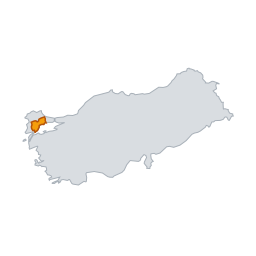 Tekirdag highlighted on a map of Turkey, rotated 347°
{"feature_id": "TUR-2242", "entity_name": "Tekirdag", "entity_type": "Province", "adm_level": 1, "iso_a3": "TUR", "parent_name": "Turkey", "parent_adm1": "", "projection": "albers", "projection_center": [27.493, 41.027], "detail": "fine", "context": "in_parent", "style": "filled", "palette": "amber", "viewbox_px": 256, "rotation_deg": 347, "n_neighbors": 0, "source": "natural_earth", "source_scale": "10m", "svg_char_len": 4322}
<svg xmlns="http://www.w3.org/2000/svg" viewBox="0 0 256 256"><g transform="rotate(347 128 128)"><path d="M187.9,86.3L191.3,86.9L192.2,85.9L195.2,85.5L197.9,85.7L199.0,83.6L200.9,83.4L201.4,84.3L202.4,84.5L205.5,86.5L205.3,86.9L206.1,87.7L208.6,87.8L209.0,89.0L211.2,90.6L212.7,93.3L212.5,95.4L211.7,96.8L214.0,100.9L213.6,101.5L216.8,102.4L220.4,101.4L221.7,101.8L225.9,104.5L227.0,105.7L224.2,104.5L223.1,106.2L223.1,109.7L219.3,111.0L220.4,113.1L221.6,113.9L221.6,116.0L222.1,116.8L223.4,117.9L223.6,119.8L224.4,121.7L224.9,124.0L226.7,124.4L226.1,125.7L225.2,130.8L225.4,131.1L226.7,131.0L229.9,132.7L229.5,133.5L230.4,136.4L233.2,137.9L233.0,139.0L233.3,140.0L231.5,139.9L228.5,143.3L228.1,143.3L227.4,142.5L226.8,139.8L225.8,139.2L224.6,139.3L222.9,140.9L221.2,141.2L219.4,141.3L214.5,140.4L212.9,141.3L211.0,141.0L208.1,144.9L207.0,145.4L206.2,143.8L204.9,143.1L203.5,144.6L197.8,147.2L195.1,147.9L191.6,147.9L188.9,148.5L181.8,153.4L174.8,156.4L168.2,157.1L164.3,155.2L161.4,155.0L153.5,159.6L149.3,159.9L147.8,158.6L144.6,158.3L144.0,159.8L143.7,163.3L145.1,166.2L143.4,166.6L142.3,167.4L142.2,169.8L140.7,170.8L140.3,172.3L140.0,172.4L137.2,171.5L137.8,170.3L135.8,166.1L136.4,164.7L139.5,160.9L139.2,158.8L137.6,157.5L133.5,160.5L133.2,161.6L132.3,162.4L130.7,162.9L122.8,160.2L118.5,163.5L114.9,168.1L112.1,169.9L103.6,171.6L102.1,172.6L99.1,171.8L97.3,170.8L93.0,166.1L85.3,162.8L77.4,162.2L76.7,163.2L76.6,167.0L75.4,170.6L74.8,171.0L73.0,170.1L66.9,172.4L61.6,170.2L60.7,169.2L59.5,165.1L58.7,164.8L57.9,165.4L57.0,165.4L53.2,163.6L51.2,163.6L50.0,165.3L48.0,166.1L48.0,165.6L48.8,164.4L45.6,164.6L44.0,165.5L41.7,165.0L41.8,164.5L43.7,164.0L47.9,163.3L50.5,160.5L40.5,160.7L39.6,161.3L39.4,159.9L40.0,159.2L42.6,158.7L42.4,157.5L40.8,156.2L39.1,155.6L38.3,152.6L37.4,151.8L37.5,151.4L39.2,150.9L39.5,148.7L39.3,147.4L36.1,146.2L35.4,146.3L34.6,145.1L33.2,144.3L32.1,144.9L29.0,143.1L29.6,141.8L30.4,141.9L30.5,140.9L29.9,139.2L30.0,138.3L30.7,138.1L31.5,138.2L32.2,139.3L32.3,141.2L33.2,142.3L33.8,141.2L35.2,141.8L37.8,141.3L38.3,140.8L36.4,140.8L35.7,140.3L34.2,137.1L35.8,136.2L36.9,134.7L34.8,133.6L35.2,131.5L33.4,129.0L35.9,125.9L35.7,125.4L35.0,125.3L27.3,126.5L27.2,125.1L27.8,123.9L27.8,120.8L28.1,119.2L29.5,118.8L31.3,116.4L34.1,113.6L37.0,113.6L38.2,112.9L39.9,112.8L40.4,113.9L42.0,114.7L44.6,114.6L45.9,113.9L44.7,112.5L46.2,112.0L47.4,112.3L46.8,113.9L47.1,114.0L50.6,113.5L54.2,113.9L58.2,113.6L58.7,113.1L55.9,111.6L57.6,110.3L58.7,110.0L67.0,108.6L67.0,108.3L61.9,107.7L59.2,106.0L58.5,105.0L58.9,102.6L59.5,102.0L61.3,101.9L67.6,102.8L72.1,102.0L77.0,103.4L81.7,102.9L82.6,102.1L83.7,99.8L90.0,95.8L92.2,93.7L102.1,89.2L117.3,88.8L119.8,87.1L121.4,87.4L121.1,88.4L121.2,89.4L123.3,91.5L126.1,92.5L129.7,91.1L131.1,91.4L132.8,94.8L135.4,96.6L136.5,96.7L137.8,95.3L139.1,95.0L141.5,96.0L142.4,97.2L149.9,97.8L151.5,98.7L156.6,99.1L167.1,95.2L171.4,96.4L174.8,96.4L176.2,96.0L180.3,93.3L181.5,91.9L184.0,90.5L187.1,87.7L187.9,86.3ZM47.5,91.7L47.3,93.3L47.9,95.1L49.5,97.5L51.1,98.7L58.5,101.9L57.5,105.0L55.7,105.5L49.3,104.1L46.7,105.4L44.8,105.1L42.2,105.6L41.5,107.5L39.7,109.6L34.5,112.2L29.7,117.4L28.4,118.0L29.0,116.3L29.0,114.7L31.0,112.9L33.9,111.6L34.7,110.4L27.4,110.5L26.8,108.9L27.5,108.6L29.9,105.8L30.2,104.7L29.9,101.8L32.8,100.3L33.1,99.6L32.6,96.8L29.9,95.2L30.0,94.4L31.9,93.7L33.0,91.7L35.8,91.4L37.2,90.5L39.6,90.0L42.6,92.4L46.1,91.5L47.5,91.7ZM25.9,117.1L23.4,117.5L22.7,117.1L23.5,116.3L25.4,115.7L26.0,116.6L25.9,117.1Z" fill="#d9dde1" stroke="#a8b0b8" stroke-width="1"/><path d="M49.3,104.1L49.2,104.0L48.7,104.2L48.6,104.3L47.9,104.5L47.6,104.7L47.4,104.8L47.1,105.3L47.0,105.5L46.9,105.6L46.0,105.5L45.8,105.4L45.7,105.3L45.5,105.2L45.1,105.1L44.7,105.1L42.5,105.4L42.1,105.6L41.9,106.1L41.6,107.2L41.4,107.6L40.4,108.6L40.0,109.4L39.0,110.1L38.8,110.3L38.7,110.4L38.4,110.4L38.1,110.6L37.6,110.6L37.4,110.6L37.2,110.8L36.9,111.2L36.8,111.3L36.5,111.3L36.2,110.3L36.2,109.2L34.7,109.0L34.4,108.1L34.0,107.2L34.0,106.1L34.1,105.1L34.5,104.3L35.0,103.6L35.2,102.8L35.1,100.9L35.0,100.6L36.6,100.3L38.3,100.1L39.5,100.2L40.1,100.5L40.5,101.2L41.1,101.6L41.8,101.4L42.4,100.9L42.8,100.1L43.3,99.4L44.3,99.1L45.4,98.8L47.2,98.6L49.1,98.4L49.3,99.3L49.5,100.3L49.2,101.4L49.0,102.2L49.2,103.3L49.3,104.1Z" fill="#f59e0b" stroke="#b45309" stroke-width="1.5"/></g></svg>